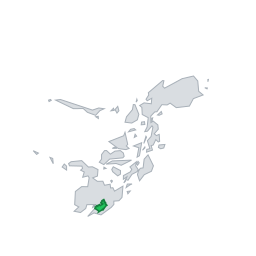 Compostela Valley, Compostela Valley, Philippines shown in context, rotated 61°
{"feature_id": "2640588B76140513385915", "entity_name": "Compostela Valley", "entity_type": "district", "adm_level": 2, "iso_a3": "PHL", "parent_name": "Philippines", "parent_adm1": "Compostela Valley", "projection": "albers", "projection_center": [125.86, 7.537], "detail": "fine", "context": "in_parent", "style": "filled", "palette": "green", "viewbox_px": 256, "rotation_deg": 61, "n_neighbors": 0, "source": "geoboundaries", "source_scale": "gbopen_adm2", "svg_char_len": 5701}
<svg xmlns="http://www.w3.org/2000/svg" viewBox="0 0 256 256"><g transform="rotate(61 128 128)"><path d="M120.7,44.2L130.2,48.4L135.5,46.3L134.0,56.6L138.6,63.7L133.6,75.9L126.7,79.1L126.8,82.6L124.0,87.1L127.8,94.8L126.9,96.8L128.6,102.3L134.4,105.4L134.2,102.6L139.8,100.4L143.7,102.1L145.8,107.9L148.4,106.8L148.7,103.8L155.0,106.8L154.9,108.3L151.6,109.3L155.1,114.2L154.6,116.3L159.2,117.3L158.1,123.5L155.8,121.9L156.7,118.9L148.5,117.2L146.6,111.9L139.3,105.8L137.7,106.0L140.2,112.5L139.3,115.1L136.4,110.8L128.8,105.3L123.1,109.0L116.7,105.9L114.0,106.9L113.8,101.8L118.1,95.9L113.5,92.8L113.5,98.0L111.6,98.3L109.2,93.9L107.0,93.1L103.3,74.7L104.1,73.7L108.3,77.4L110.9,76.7L111.1,56.7L114.3,45.5L120.7,44.2ZM176.4,160.6L185.8,166.9L187.2,171.2L185.1,175.9L188.0,177.4L189.3,181.1L190.9,193.7L185.8,198.9L185.8,206.1L181.0,192.6L179.2,193.5L175.1,201.1L177.9,204.0L178.9,210.5L174.7,215.5L173.2,209.3L169.2,211.8L158.0,204.8L156.8,197.0L159.8,191.7L152.7,186.1L150.5,186.2L149.1,191.5L145.3,187.6L141.9,189.9L141.3,187.3L139.0,186.8L132.7,197.5L130.3,197.2L129.9,194.1L134.1,184.3L142.9,181.6L144.7,177.9L149.8,174.4L155.2,178.0L154.5,183.1L159.7,180.7L162.4,175.8L166.7,176.3L168.5,170.9L172.0,172.3L172.9,170.2L176.7,170.4L176.4,160.6ZM148.3,166.9L144.0,169.7L142.4,166.2L138.4,164.0L136.4,159.5L137.3,157.7L142.3,156.1L141.9,150.6L144.1,145.6L147.6,144.2L150.9,145.1L151.6,147.0L146.3,159.1L148.3,166.9ZM173.4,124.1L177.2,128.5L176.7,136.4L179.8,143.5L173.3,142.3L170.7,139.7L169.2,136.8L170.2,134.1L163.1,129.0L161.2,123.5L173.4,124.1ZM130.3,132.7L142.2,136.2L142.9,138.2L146.4,137.0L145.9,140.3L141.3,146.4L130.6,151.3L132.7,135.5L130.3,132.7ZM84.6,166.4L68.5,177.8L70.3,173.3L95.1,150.4L96.3,143.9L99.6,139.5L99.2,144.2L101.2,150.2L94.6,155.9L89.3,157.7L84.6,166.4ZM110.9,110.6L121.3,111.9L125.4,115.9L125.5,122.3L121.5,127.8L117.5,123.9L114.1,115.2L110.1,112.0L110.9,110.6ZM164.7,139.6L169.4,139.3L170.6,141.4L170.4,147.0L173.7,153.3L172.1,154.9L170.1,152.5L170.6,156.9L167.4,155.1L167.5,147.1L165.9,144.7L163.0,145.2L161.6,137.1L164.7,139.6ZM149.0,164.6L149.2,157.7L157.8,140.5L157.3,152.0L153.3,155.6L149.0,164.6ZM164.9,160.2L158.8,162.6L156.4,162.3L154.8,159.7L161.6,155.2L164.7,157.0L164.9,160.2ZM147.5,123.2L157.8,131.4L157.9,134.2L150.5,128.1L146.4,131.9L147.5,123.2ZM162.0,109.5L159.7,110.8L157.9,109.1L160.3,103.7L162.8,106.4L162.0,109.5ZM135.0,202.1L130.2,204.5L128.6,201.2L131.6,200.2L135.0,202.1ZM104.1,126.5L108.5,127.6L109.6,130.4L105.6,130.4L104.1,126.5ZM130.5,110.5L133.1,111.6L131.6,114.9L129.4,113.3L130.5,110.5ZM118.1,208.6L123.0,210.7L115.9,210.5L118.1,208.6ZM179.2,158.5L176.7,155.8L178.9,151.6L178.7,154.1L179.2,158.5ZM133.4,122.2L131.6,129.4L130.4,126.4L131.5,122.9L133.4,122.2ZM106.5,218.5L106.8,220.7L101.9,221.9L106.5,218.5ZM132.2,91.3L132.0,94.5L130.9,95.9L129.7,90.9L132.2,91.3ZM140.4,147.5L138.2,151.6L138.2,149.2L140.4,147.5ZM105.9,131.6L104.7,134.6L103.7,131.1L105.9,131.6ZM165.2,137.7L163.6,137.8L162.0,135.4L163.9,135.1L165.2,137.7ZM139.3,124.4L139.3,127.1L136.9,124.8L139.3,124.4ZM185.5,160.0L183.1,159.5L184.2,156.6L185.5,160.0ZM145.0,116.2L149.2,121.7L143.9,116.3L145.0,116.2ZM105.3,149.3L102.5,150.8L103.3,148.4L105.3,149.3ZM152.7,166.8L152.1,169.1L150.6,168.0L152.7,166.8ZM153.6,122.9L154.5,126.1L152.5,122.1L153.6,122.9ZM66.6,184.2L65.1,184.0L65.5,181.9L66.6,181.7L66.6,184.2ZM167.7,168.7L165.8,168.8L165.7,167.6L166.8,167.3L167.7,168.7ZM180.4,197.5L179.1,196.0L179.5,194.5L180.4,195.3L180.4,197.5ZM108.5,106.6L109.3,108.4L107.1,106.3L108.5,106.6ZM173.2,155.8L174.0,158.3L172.0,155.3L173.2,155.8ZM132.1,39.9L130.0,41.3L131.5,39.2L132.1,39.9ZM133.9,103.9L131.1,102.4L131.1,101.5L133.9,103.9ZM124.5,34.1L126.3,35.7L124.3,34.6L124.5,34.1Z" fill="#d9dde1" stroke="#a8b0b8" stroke-width="1"/><path d="M178.8,183.8L178.8,184.3L178.9,185.5L178.9,185.9L179.0,185.9L179.1,186.0L179.3,186.0L179.2,186.0L179.3,186.0L179.5,186.1L179.7,186.3L179.7,186.5L179.7,186.8L179.7,187.0L179.8,187.1L180.0,187.1L180.1,187.3L180.2,187.5L180.3,187.5L180.2,187.7L180.3,187.7L180.4,187.8L180.4,188.0L180.7,188.1L180.8,188.0L181.0,187.6L181.3,187.2L181.9,186.9L181.9,187.0L182.0,187.2L182.3,187.2L182.4,187.3L182.3,187.5L182.3,187.4L182.3,187.5L182.2,187.5L182.1,187.8L182.1,187.7L182.0,187.8L182.4,188.3L182.5,188.4L182.3,189.1L182.2,189.1L181.9,190.0L181.5,190.0L181.2,190.1L181.3,190.3L181.5,190.4L181.6,190.5L181.8,190.5L181.7,190.6L181.4,190.7L181.3,190.8L181.2,190.8L181.1,191.0L181.0,191.3L181.2,191.5L181.1,191.8L181.1,192.0L181.3,192.2L181.3,192.3L181.3,192.5L181.4,192.4L181.4,192.5L181.2,192.8L181.3,192.8L181.2,192.9L181.3,192.9L181.3,193.0L181.2,193.1L181.3,193.1L181.2,193.2L181.2,193.3L181.2,193.5L181.2,193.8L181.3,193.9L181.3,194.0L181.5,194.1L181.6,194.3L181.6,194.5L181.8,194.7L181.9,194.8L181.8,195.0L181.8,195.3L181.7,195.3L181.8,195.4L181.9,195.5L182.0,195.7L182.1,195.8L182.3,195.8L182.5,196.0L182.6,195.9L182.7,195.7L182.8,195.7L183.0,195.6L183.3,195.4L184.0,195.0L184.5,194.8L184.8,194.6L186.0,194.0L186.9,194.1L187.2,194.5L187.2,193.4L187.1,193.2L187.1,192.4L187.1,191.1L186.9,190.4L187.1,190.3L186.9,190.1L186.8,189.5L186.7,189.3L186.6,188.9L187.3,189.0L186.3,187.0L186.0,186.4L185.8,185.8L185.7,185.5L185.6,185.4L185.5,185.1L185.4,184.8L185.3,184.4L185.2,184.2L185.3,183.9L185.2,183.9L184.7,184.0L184.4,184.2L184.3,184.3L184.2,184.3L184.0,184.5L183.8,184.7L183.7,184.7L183.3,184.5L183.3,184.4L183.2,184.3L183.1,184.2L183.0,183.9L182.3,183.8L182.1,183.8L182.1,184.0L182.2,184.3L182.1,184.5L181.8,184.7L181.6,184.6L181.4,184.4L181.3,184.2L181.0,184.2L180.7,184.2L180.6,184.4L180.5,184.5L180.3,184.4L180.2,184.2L180.0,183.8L178.8,183.8ZM181.1,193.2L181.0,193.3L181.1,193.2L181.1,193.2Z" fill="#22c55e" stroke="#15803d" stroke-width="1.5"/></g></svg>